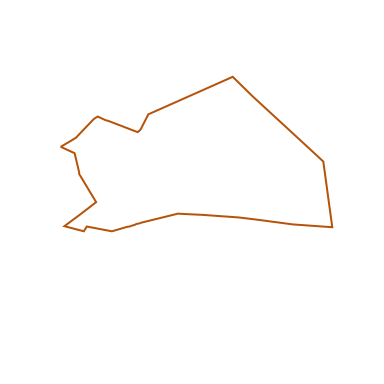 Boutilimitt, Trarza, Mauritania, rotated 43°
{"feature_id": "47542326B79459539986617", "entity_name": "Boutilimitt", "entity_type": "district", "adm_level": 2, "iso_a3": "MRT", "parent_name": "Mauritania", "parent_adm1": "Trarza", "projection": "orthographic", "projection_center": [-14.406, 17.884], "detail": "fine", "context": "isolated", "style": "outline", "palette": "amber", "viewbox_px": 384, "rotation_deg": 43, "n_neighbors": 0, "source": "geoboundaries", "source_scale": "gbopen_adm2", "svg_char_len": 688}
<svg xmlns="http://www.w3.org/2000/svg" viewBox="0 0 384 384"><g transform="rotate(43 192 192)"><path d="M143.2,80.0L107.1,164.9L111.5,180.4L111.8,182.0L111.4,185.3L81.8,197.3L79.9,198.4L71.6,201.1L70.4,205.6L70.2,221.8L70.1,231.6L65.4,247.8L65.8,248.3L79.7,243.7L96.4,254.8L97.0,255.7L128.8,264.8L125.5,284.9L122.0,304.0L128.9,300.3L139.7,294.5L138.6,289.0L160.2,275.4L166.2,265.3L167.8,262.6L168.5,261.4L170.0,259.7L171.0,257.5L172.0,256.0L172.6,255.0L173.1,253.3L175.0,250.8L175.7,249.2L196.5,217.4L202.4,212.5L215.1,201.7L243.7,178.6L259.1,167.4L287.9,146.9L318.6,122.1L267.3,80.2L255.2,80.2L234.1,80.3L171.1,80.7L143.2,80.0Z" fill="none" stroke="#b45309" stroke-width="2"/></g></svg>